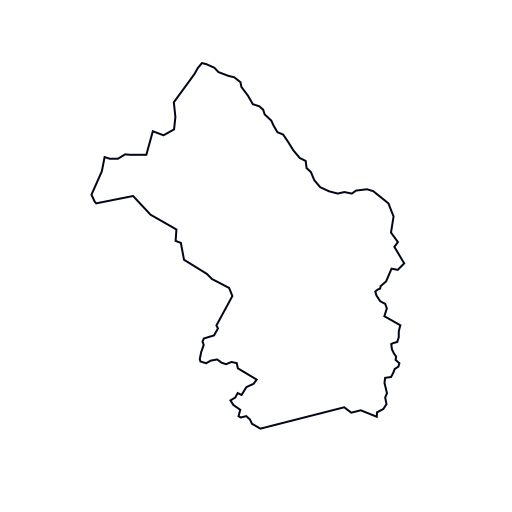 the district of José Enrique Rodó, Soriano, Uruguay, rotated 293°
{"feature_id": "84410073B24833615442203", "entity_name": "José Enrique Rodó", "entity_type": "district", "adm_level": 2, "iso_a3": "URY", "parent_name": "Uruguay", "parent_adm1": "Soriano", "projection": "equal_earth", "projection_center": [-57.536, -33.632], "detail": "fine", "context": "isolated", "style": "outline", "palette": "ink", "viewbox_px": 512, "rotation_deg": 293, "n_neighbors": 0, "source": "geoboundaries", "source_scale": "gbopen_adm2", "svg_char_len": 1813}
<svg xmlns="http://www.w3.org/2000/svg" viewBox="0 0 512 512"><g transform="rotate(293 256 256)"><path d="M149.9,280.1L145.5,283.2L142.5,304.9L137.4,303.7L131.6,298.4L122.4,297.0L122.7,292.7L117.6,292.2L113.1,288.9L110.0,293.4L108.3,301.6L101.7,302.5L101.4,305.1L104.8,309.6L103.1,314.4L100.0,317.8L98.8,327.5L151.2,396.3L149.0,404.9L154.9,412.7L155.2,430.0L159.4,428.5L164.9,433.0L170.6,434.0L176.2,430.2L180.8,430.2L189.5,423.8L194.3,422.5L197.4,427.6L202.3,428.0L206.1,427.8L209.8,430.3L213.3,429.9L214.9,425.1L218.1,424.3L220.2,421.0L223.2,417.6L227.8,414.9L229.7,416.6L232.0,419.6L236.8,419.2L242.4,416.9L246.4,416.2L248.6,416.0L250.7,397.7L258.9,396.9L262.4,393.7L262.9,388.0L266.7,382.3L269.9,379.7L272.6,381.1L274.5,383.0L277.0,382.5L283.5,385.7L297.3,385.7L298.6,391.9L307.1,395.3L318.5,379.8L324.3,381.2L330.3,371.1L346.1,367.2L356.2,357.3L361.5,338.6L360.8,332.1L355.3,322.5L350.9,319.8L349.4,312.4L345.4,306.8L344.1,298.1L344.4,288.3L348.5,280.1L354.7,273.7L356.7,268.2L362.9,264.6L363.3,258.0L367.9,249.0L373.5,241.1L378.4,233.5L378.3,227.4L383.0,221.1L386.6,217.2L389.7,208.7L393.5,205.4L395.1,200.6L394.5,193.8L400.6,185.7L405.9,176.5L409.9,173.8L412.0,166.2L411.0,160.0L410.6,149.6L413.0,144.2L413.2,135.3L412.4,130.8L406.3,129.0L399.2,128.2L365.4,120.3L352.4,127.5L340.5,131.1L331.0,123.7L330.5,112.3L306.3,115.5L300.2,101.2L298.4,95.8L291.6,90.9L288.4,83.5L287.9,78.0L273.8,81.0L248.2,80.6L243.2,86.0L242.0,88.3L263.2,119.4L252.8,142.8L249.3,172.4L238.5,176.1L238.7,181.7L224.4,191.2L220.3,217.9L217.6,224.5L216.1,243.7L209.9,249.9L176.6,246.7L174.5,249.3L166.5,248.4L159.7,240.2L156.4,240.2L153.7,242.6L146.1,243.1L139.2,244.5L137.2,246.1L137.8,252.0L142.0,255.2L145.6,260.7L144.3,266.1L144.7,270.7L148.9,274.9L149.5,278.3L149.9,280.1Z" fill="none" stroke="#020617" stroke-width="2"/></g></svg>